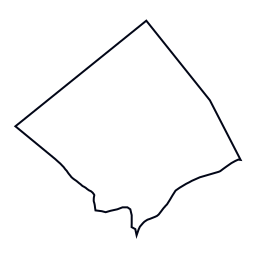 outline of Monchy/Lawi Fwen, Gros Islet, Saint Lucia
{"feature_id": "8701671B83371663515297", "entity_name": "Monchy/Lawi Fwen", "entity_type": "district", "adm_level": 2, "iso_a3": "LCA", "parent_name": "Saint Lucia", "parent_adm1": "Gros Islet", "projection": "orthographic", "projection_center": [-60.929, 14.058], "detail": "fine", "context": "isolated", "style": "outline", "palette": "ink", "viewbox_px": 256, "rotation_deg": 0, "n_neighbors": 0, "source": "geoboundaries", "source_scale": "gbopen_adm2", "svg_char_len": 1190}
<svg xmlns="http://www.w3.org/2000/svg" viewBox="0 0 256 256"><path d="M240.6,159.9L209.9,100.3L147.5,22.2L146.3,20.7L15.4,126.3L55.4,159.2L56.7,160.4L57.8,161.4L60.2,163.5L60.9,164.2L62.5,165.9L63.6,167.0L65.3,169.3L66.7,170.8L67.9,172.6L68.6,173.6L70.5,175.9L71.3,177.0L73.0,178.5L74.2,179.4L76.4,180.9L77.6,181.9L79.4,183.4L80.4,184.1L82.5,186.0L83.9,186.7L85.7,187.8L87.1,189.0L89.1,190.4L90.9,191.2L92.7,192.7L93.4,193.7L94.0,194.4L94.3,195.1L94.1,196.2L93.8,197.9L93.7,200.2L93.8,201.5L94.2,202.7L94.6,204.4L94.8,205.6L95.1,208.1L95.5,210.4L101.8,211.2L105.7,212.2L110.5,210.8L117.3,209.3L122.6,207.3L127.4,207.3L130.3,209.3L131.7,215.2L131.7,220.2L131.7,223.7L131.6,227.1L135.3,229.1L135.7,231.1L136.6,235.3L138.6,229.5L139.9,226.7L142.8,223.3L144.4,221.7L146.5,220.3L147.5,219.7L150.1,218.8L155.1,216.8L157.0,215.9L158.7,214.5L161.1,211.4L162.8,209.1L164.0,207.6L164.8,206.8L165.4,206.0L167.0,204.4L169.9,199.8L172.5,195.4L175.5,190.7L176.1,190.2L179.7,187.7L186.2,183.8L189.2,182.3L191.9,180.8L199.8,177.3L218.7,171.8L220.3,171.1L223.2,168.9L226.1,166.8L231.4,163.1L235.2,161.0L236.7,160.3L238.3,159.6L239.1,159.7L240.6,159.9Z" fill="none" stroke="#020617" stroke-width="2"/></svg>